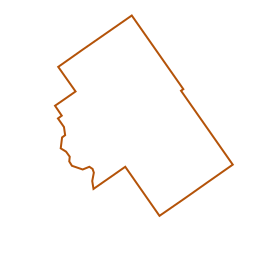 outline of Cherokee, Oklahoma, United States of America, rotated 325°
{"feature_id": "52423323B29041387960401", "entity_name": "Cherokee", "entity_type": "district", "adm_level": 2, "iso_a3": "USA", "parent_name": "United States of America", "parent_adm1": "Oklahoma", "projection": "mercator", "projection_center": [-95.13, 35.9], "detail": "fine", "context": "isolated", "style": "outline", "palette": "amber", "viewbox_px": 256, "rotation_deg": 325, "n_neighbors": 0, "source": "geoboundaries", "source_scale": "gbopen_adm2", "svg_char_len": 533}
<svg xmlns="http://www.w3.org/2000/svg" viewBox="0 0 256 256"><g transform="rotate(325 128 128)"><path d="M64.8,158.1L103.5,158.2L103.5,163.2L103.5,164.0L103.4,218.0L135.4,218.2L162.1,218.1L192.8,218.1L192.8,127.9L195.6,127.9L195.6,102.0L195.6,38.0L135.8,37.8L105.9,37.9L106.0,68.0L101.5,68.0L81.0,67.9L80.8,79.9L76.1,80.0L76.1,90.5L72.4,97.8L68.6,97.9L61.2,106.1L63.7,111.8L63.8,118.1L60.7,121.7L60.4,126.8L67.1,136.0L74.1,137.6L75.5,141.2L74.4,145.0L68.3,150.9L64.8,158.1Z" fill="none" stroke="#b45309" stroke-width="2"/></g></svg>